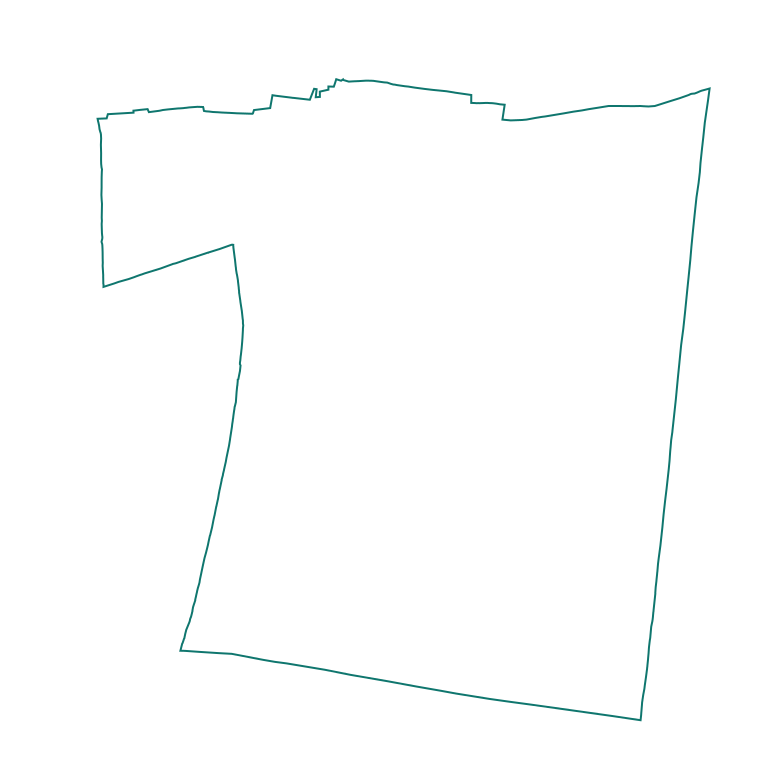 the district of Thawi Watthana, Bangkok Metropolis, Thailand, rotated 94°
{"feature_id": "78962969B31670435766777", "entity_name": "Thawi Watthana", "entity_type": "district", "adm_level": 2, "iso_a3": "THA", "parent_name": "Thailand", "parent_adm1": "Bangkok Metropolis", "projection": "natural_earth1", "projection_center": [100.363, 13.77], "detail": "fine", "context": "isolated", "style": "outline", "palette": "teal", "viewbox_px": 768, "rotation_deg": 94, "n_neighbors": 0, "source": "geoboundaries", "source_scale": "gbopen_adm2", "svg_char_len": 5941}
<svg xmlns="http://www.w3.org/2000/svg" viewBox="0 0 768 768"><g transform="rotate(94 384 384)"><path d="M664.3,568.5L664.1,564.2L664.1,549.2L664.0,530.2L663.8,517.1L667.6,485.3L668.8,473.4L669.5,461.8L673.2,423.0L676.5,396.9L680.3,359.3L683.5,330.8L686.1,305.5L687.6,292.1L687.6,291.6L687.7,291.3L690.8,256.7L692.3,235.3L693.5,216.2L696.5,173.0L699.3,132.9L701.5,104.6L696.3,104.4L695.5,104.4L694.5,104.4L686.0,104.3L683.6,104.3L681.2,104.1L680.5,104.1L679.8,104.0L677.0,103.8L676.1,103.7L675.9,103.7L670.0,103.0L666.2,102.8L664.8,102.7L657.9,102.2L649.8,101.7L649.4,101.7L648.9,101.7L647.4,101.6L647.0,101.6L646.3,101.6L640.3,101.4L639.3,101.4L634.2,101.3L628.4,101.3L623.8,101.1L620.3,100.9L619.8,100.8L618.1,100.7L617.6,100.7L607.4,100.5L601.6,99.7L601.3,99.7L601.0,99.7L600.5,99.6L599.9,99.6L598.2,99.5L592.8,99.4L592.1,99.3L591.7,99.3L590.7,99.3L574.1,98.7L573.6,98.8L573.4,98.8L572.7,98.8L572.4,98.8L572.1,98.8L571.6,98.8L567.7,98.8L561.5,98.5L560.5,98.5L554.6,98.3L553.5,98.3L551.7,98.2L551.0,98.2L544.2,98.1L538.5,97.8L525.9,97.0L515.5,96.6L507.8,96.3L494.9,96.0L487.5,95.7L480.3,95.4L468.7,94.8L448.7,94.0L440.7,93.8L439.7,93.8L438.7,93.8L431.0,93.8L426.9,93.7L419.8,93.6L418.5,93.5L411.7,93.0L410.7,93.0L379.1,91.8L358.6,91.3L342.1,90.8L324.3,90.3L308.2,89.3L291.8,88.7L268.1,88.0L255.9,87.6L239.3,87.1L225.3,86.9L210.4,86.5L192.5,85.9L175.9,85.3L161.6,84.2L150.8,83.7L141.5,83.7L127.5,83.2L115.8,82.7L100.6,82.2L98.2,82.0L91.2,81.5L79.2,80.6L66.5,79.8L67.9,83.7L69.2,87.5L69.8,88.9L71.4,91.9L72.0,93.2L72.6,94.5L72.7,95.5L72.9,96.6L73.1,97.6L73.5,98.6L74.4,100.1L78.3,109.1L82.0,118.6L87.0,131.2L87.7,133.0L87.8,133.2L88.7,139.5L88.8,144.4L88.8,147.7L89.4,154.4L90.6,173.9L91.0,179.3L93.3,189.1L95.6,199.1L97.3,205.7L99.1,214.0L101.5,223.6L103.2,230.7L105.9,242.0L106.5,245.1L108.0,251.4L110.3,260.3L111.0,264.7L112.2,276.0L112.0,284.3L97.0,283.1L96.9,287.8L96.5,291.5L96.3,295.2L96.4,298.8L96.4,300.6L96.5,302.1L96.7,303.7L96.8,304.6L96.9,305.5L97.1,307.5L97.2,308.1L97.2,308.7L97.2,309.3L97.3,310.1L97.4,311.1L97.4,313.1L97.5,316.6L89.6,317.1L88.4,333.8L88.3,334.3L87.6,342.1L87.4,348.7L87.2,356.0L86.8,364.2L86.2,373.9L85.6,380.6L85.5,384.0L84.9,392.0L84.6,394.1L84.6,395.1L84.6,395.7L84.1,398.1L83.2,401.4L83.1,401.8L83.1,404.9L82.8,409.2L82.3,416.1L82.6,422.7L83.6,430.3L84.2,435.7L84.8,440.2L83.7,445.2L83.5,446.2L83.4,446.4L83.2,446.4L83.4,446.7L84.4,447.8L84.4,448.2L83.3,452.9L87.1,453.8L90.9,454.8L91.1,460.2L94.3,460.0L96.8,468.4L102.1,468.0L102.7,472.1L95.6,471.8L94.6,471.8L94.4,474.3L105.6,477.8L104.9,494.0L104.9,495.2L104.8,496.6L104.0,511.9L103.7,515.4L116.7,516.8L119.8,532.8L122.6,533.5L123.3,533.7L123.6,534.1L124.2,549.5L124.3,556.3L124.5,564.6L124.5,568.9L124.6,573.5L124.4,577.6L124.4,580.3L124.3,581.4L124.2,582.6L123.0,583.0L121.3,583.4L120.3,583.8L120.5,589.4L121.7,597.8L122.4,601.2L122.4,601.6L122.8,603.4L123.1,605.5L123.2,606.2L123.5,608.8L125.2,618.9L126.1,623.7L126.9,626.4L127.2,627.6L129.2,637.5L126.3,639.0L127.6,646.6L128.7,652.3L128.8,653.0L130.8,652.8L134.1,678.3L138.4,679.2L139.4,688.2L141.7,687.6L143.8,686.9L144.6,686.7L145.2,686.5L145.9,686.3L147.3,686.0L149.4,685.6L150.1,685.4L152.6,684.5L153.4,684.1L154.0,684.0L154.7,683.8L156.3,683.6L158.9,683.3L165.2,683.1L166.2,683.0L173.4,682.3L179.9,681.9L184.2,681.5L187.6,680.9L189.6,680.3L192.0,680.3L197.3,680.1L203.6,679.7L207.8,679.4L215.1,679.1L219.9,678.5L224.0,677.9L229.9,677.6L237.6,677.2L238.6,677.1L241.0,676.8L244.1,676.8L248.2,676.4L253.1,675.9L255.6,675.5L256.1,675.4L257.1,675.2L259.0,675.2L259.4,675.3L261.7,675.7L262.5,675.5L263.6,675.0L264.9,674.7L268.2,674.3L272.1,673.9L278.4,673.4L279.4,673.3L280.6,673.2L282.4,673.0L285.8,672.9L291.1,672.2L295.1,671.7L296.9,671.6L297.8,671.5L303.6,671.0L304.5,670.7L306.7,670.6L302.5,660.1L302.2,659.4L300.7,656.0L297.1,646.0L294.8,640.6L293.9,638.7L292.0,634.4L291.7,633.5L290.4,630.6L284.5,615.3L284.3,614.8L279.2,603.4L279.0,603.1L278.4,601.1L278.0,599.9L277.7,599.2L272.7,587.5L270.4,581.3L270.0,580.5L265.1,568.5L265.2,568.3L264.9,567.9L261.2,558.4L260.9,557.6L258.8,552.8L255.8,545.9L255.6,545.1L255.7,544.6L255.7,544.1L256.2,544.1L257.8,543.8L258.2,543.8L262.7,542.9L267.7,541.9L269.6,541.5L270.0,541.4L276.2,540.3L277.3,540.1L278.1,539.9L280.1,539.6L284.4,538.6L284.8,538.4L285.7,538.2L286.0,538.1L291.0,536.9L291.4,536.9L298.2,535.6L298.5,535.6L301.8,535.0L303.2,534.9L303.9,534.7L304.1,534.6L304.3,534.6L311.2,533.1L311.9,533.0L320.3,531.1L320.6,531.0L329.0,529.5L329.8,529.3L330.2,529.2L333.7,528.9L334.8,528.6L335.4,528.5L338.6,528.6L340.4,528.5L347.3,528.4L351.9,528.4L358.1,528.5L365.2,528.8L366.1,528.9L370.3,529.0L372.8,529.2L374.3,529.1L374.8,528.8L375.5,528.4L381.1,528.6L385.8,529.2L386.6,529.3L389.3,529.6L389.8,529.9L389.9,530.2L390.1,530.2L391.4,530.1L395.9,530.2L396.1,530.3L402.4,530.5L405.8,530.5L406.3,530.5L412.5,530.5L416.6,531.2L417.2,531.4L419.6,531.5L421.4,531.7L421.6,531.7L425.9,532.0L427.8,532.1L428.6,532.1L429.1,532.2L430.3,532.3L430.6,532.3L431.2,532.3L434.5,532.6L437.3,532.7L449.1,533.7L449.7,533.7L456.3,534.3L468.8,536.0L472.7,536.4L480.5,537.6L480.9,537.6L484.9,538.3L486.5,538.4L486.9,538.5L490.8,539.3L491.1,539.2L500.6,540.5L500.9,540.6L503.5,540.9L503.9,540.9L504.1,541.0L510.6,541.6L510.9,541.7L517.8,542.7L518.0,542.8L527.1,543.9L527.4,544.0L530.7,544.5L531.4,544.6L538.0,545.4L538.9,545.5L547.1,546.9L547.5,547.1L553.6,548.0L556.8,548.4L560.3,549.0L564.8,549.8L570.1,550.9L577.6,552.0L580.5,552.4L582.6,552.7L587.1,553.3L592.0,554.0L594.8,554.2L596.9,554.6L600.0,555.3L600.3,555.4L603.8,556.0L604.2,556.0L607.2,556.5L609.5,556.8L611.1,557.1L611.3,557.1L612.7,557.3L613.0,557.2L616.2,558.0L616.5,558.1L620.3,559.0L620.7,559.0L623.4,559.3L623.7,559.2L625.9,559.6L626.1,559.6L629.9,560.3L630.0,560.4L632.0,561.0L633.8,561.2L634.3,561.3L635.4,561.6L643.3,564.2L643.6,564.2L646.3,564.7L646.8,564.8L651.2,565.4L651.5,565.4L652.0,565.7L654.4,566.3L656.6,566.9L657.1,567.2L664.3,568.5Z" fill="none" stroke="#0f766e" stroke-width="2"/></g></svg>